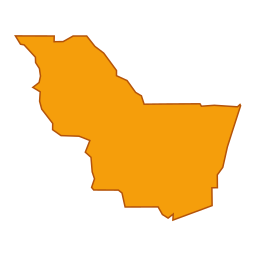 Iberville, Louisiana, United States of America
{"feature_id": "52423323B92446440923992", "entity_name": "Iberville", "entity_type": "district", "adm_level": 2, "iso_a3": "USA", "parent_name": "United States of America", "parent_adm1": "Louisiana", "projection": "robinson", "projection_center": [-91.395, 30.261], "detail": "fine", "context": "isolated", "style": "filled", "palette": "amber", "viewbox_px": 256, "rotation_deg": 0, "n_neighbors": 0, "source": "geoboundaries", "source_scale": "gbopen_adm2", "svg_char_len": 798}
<svg xmlns="http://www.w3.org/2000/svg" viewBox="0 0 256 256"><path d="M15.4,35.9L20.5,44.2L24.1,44.9L35.4,57.2L35.6,62.6L39.4,68.5L40.5,76.1L39.1,82.5L32.8,87.4L40.2,91.8L39.6,101.2L41.7,109.1L52.7,123.4L52.6,129.7L61.0,135.6L79.0,136.2L89.9,140.5L85.3,152.2L91.0,157.3L92.2,171.9L94.5,178.8L91.6,187.4L93.7,190.0L118.4,190.1L122.0,193.0L125.1,207.0L158.1,206.9L162.4,214.5L168.1,218.1L173.2,214.1L172.9,220.1L212.1,205.6L211.9,187.8L217.4,187.7L217.3,174.9L222.8,167.3L227.4,146.8L232.2,131.7L240.6,105.7L240.0,104.5L237.5,106.8L214.3,105.3L201.4,106.2L200.0,103.8L163.5,104.0L144.1,104.2L141.4,95.8L139.4,94.7L135.6,92.4L127.1,80.6L116.5,75.7L116.5,70.5L103.7,53.1L94.9,46.4L86.7,36.0L73.1,36.0L63.1,41.6L54.1,41.7L54.2,36.0L15.4,35.9Z" fill="#f59e0b" stroke="#b45309" stroke-width="1.5"/></svg>